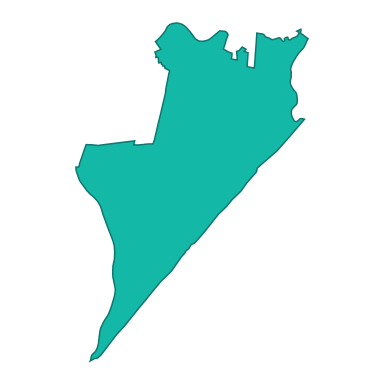 the district of Hai Hau, Nam Định, Vietnam
{"feature_id": "81297802B21970288414729", "entity_name": "Hai Hau", "entity_type": "district", "adm_level": 2, "iso_a3": "VNM", "parent_name": "Vietnam", "parent_adm1": "Nam Định", "projection": "albers", "projection_center": [106.28, 20.123], "detail": "fine", "context": "isolated", "style": "filled", "palette": "teal", "viewbox_px": 384, "rotation_deg": 0, "n_neighbors": 0, "source": "geoboundaries", "source_scale": "gbopen_adm2", "svg_char_len": 5292}
<svg xmlns="http://www.w3.org/2000/svg" viewBox="0 0 384 384"><path d="M308.1,38.7L305.7,37.0L303.5,35.2L301.0,33.5L300.7,33.0L300.7,32.3L300.9,30.5L301.0,29.8L301.0,29.4L300.9,29.2L299.9,29.7L297.5,30.8L296.8,31.2L297.8,31.7L298.5,32.0L298.8,32.3L298.9,32.7L299.0,33.1L299.0,33.6L298.8,34.0L298.0,35.0L297.3,35.9L296.5,36.5L295.5,37.1L294.0,37.6L292.6,38.1L292.0,38.5L291.3,39.2L290.7,39.6L290.2,39.8L289.4,39.9L288.8,39.8L288.4,39.5L288.2,39.0L288.1,38.1L287.9,37.5L287.7,37.2L287.3,37.1L286.3,37.5L285.8,37.8L285.0,38.2L284.6,38.4L284.4,38.6L284.4,39.3L284.5,40.4L284.6,40.7L284.5,41.0L284.3,41.2L283.9,41.4L283.0,41.3L282.4,40.9L281.6,39.8L281.1,39.0L280.5,38.3L280.1,38.1L279.7,37.8L279.1,37.8L278.2,38.0L276.3,38.6L273.9,39.4L273.0,39.6L272.5,39.6L271.7,39.5L270.7,39.0L269.2,38.1L268.7,37.9L267.9,37.6L266.7,37.3L265.9,37.1L265.6,36.9L265.3,36.6L264.4,35.2L263.7,34.6L263.0,34.1L256.8,33.1L256.2,43.0L255.3,54.4L255.1,57.8L254.5,65.9L254.2,67.9L254.2,68.0L247.1,66.7L248.1,52.8L244.2,51.4L246.0,49.2L242.2,47.0L238.9,50.8L236.6,51.4L237.3,60.0L234.2,59.5L231.8,59.0L231.3,58.9L231.9,55.8L232.0,53.2L228.7,52.1L223.3,49.0L224.8,45.0L225.4,43.0L225.9,41.0L226.0,40.6L226.8,38.2L227.2,37.1L228.1,34.8L227.1,32.8L226.7,32.4L225.9,31.9L224.7,31.3L223.9,31.2L223.1,31.2L221.0,31.0L220.4,30.9L219.8,30.8L217.4,32.8L213.8,35.8L212.7,36.7L209.8,39.0L208.3,39.8L206.1,40.7L202.4,41.3L201.8,41.3L200.2,41.2L198.6,40.8L197.9,40.5L197.6,40.3L196.9,39.9L196.0,39.2L195.0,38.3L194.6,37.8L192.5,34.9L191.8,34.0L190.5,32.2L189.2,30.7L188.9,30.4L187.1,28.4L185.6,26.8L183.7,25.3L182.2,24.4L179.5,23.5L178.5,23.2L176.8,23.0L176.0,23.1L173.6,23.4L172.4,23.6L171.9,23.7L171.6,23.9L170.5,24.3L169.8,24.6L169.0,25.3L168.7,25.5L168.2,26.0L167.7,26.5L167.4,26.8L167.1,27.1L166.9,27.5L166.8,27.9L166.3,28.8L165.7,30.1L164.9,31.4L163.8,32.9L161.8,35.3L159.7,37.7L157.3,40.0L155.4,41.7L155.5,41.8L155.7,42.0L156.3,42.9L157.1,44.0L159.1,46.8L160.4,48.7L160.9,49.4L157.1,51.1L154.9,52.1L155.1,52.7L155.9,54.4L156.1,55.5L156.1,55.9L156.0,56.2L155.9,56.6L155.8,56.8L155.7,57.1L155.7,57.3L155.7,57.5L156.0,57.5L156.7,57.4L157.2,57.4L157.6,57.4L158.0,57.5L158.3,57.6L158.4,59.5L158.5,61.9L158.6,62.7L158.7,62.9L158.8,63.0L160.2,62.6L160.7,62.3L161.1,62.2L161.4,62.2L161.4,62.3L161.4,63.0L161.3,63.9L161.4,64.1L161.5,64.2L161.6,64.3L161.9,64.4L162.2,64.5L162.4,64.7L162.6,65.5L162.7,65.9L162.8,66.0L163.1,66.0L163.4,66.0L163.8,66.0L164.6,66.1L164.8,66.2L164.8,66.5L164.8,67.2L164.7,67.7L164.8,67.9L164.8,68.0L165.0,68.2L165.7,68.6L167.9,69.8L169.5,70.4L169.5,70.6L169.3,71.7L169.0,73.2L168.8,73.9L168.4,76.0L168.3,76.6L168.0,77.9L167.5,80.4L167.0,83.0L166.9,83.6L166.5,85.4L166.3,86.3L166.1,87.6L165.9,88.9L165.6,91.0L165.6,91.7L165.5,92.5L165.3,93.9L163.1,103.1L160.0,116.4L158.2,123.4L156.7,130.2L154.1,141.0L153.8,141.2L153.0,143.9L147.7,144.0L144.8,144.3L142.6,144.6L137.6,145.0L133.8,144.8L134.7,140.8L133.6,141.0L128.3,141.6L115.5,143.2L106.7,144.3L105.2,144.5L102.8,144.8L98.6,145.4L97.5,145.4L94.9,145.1L91.8,144.8L89.3,144.7L86.1,144.6L79.6,163.5L79.5,164.2L79.3,165.1L79.2,165.8L78.4,167.1L75.9,167.1L75.9,168.7L76.2,170.4L76.2,170.7L77.1,173.6L78.0,176.2L79.6,180.5L81.3,183.1L84.7,187.7L87.2,191.0L90.5,194.4L93.2,196.7L95.4,198.8L97.5,201.2L99.0,203.6L100.4,206.3L100.7,207.0L101.2,208.4L103.0,214.4L105.3,220.6L105.8,222.1L107.7,227.2L110.4,234.2L111.7,237.5L113.1,241.3L114.2,245.7L114.4,247.2L114.6,250.5L114.7,250.8L114.6,253.9L114.5,257.7L114.3,259.9L113.6,262.8L113.0,265.8L112.9,268.2L112.7,270.3L112.7,272.3L112.8,274.9L112.9,276.8L113.0,277.5L113.7,280.9L114.4,284.4L115.2,288.5L115.3,290.1L115.2,291.5L114.8,294.2L114.2,297.0L112.6,302.5L111.9,304.9L110.4,309.3L109.3,312.2L108.9,313.1L108.9,313.3L107.5,315.8L106.0,318.0L103.4,322.2L102.6,324.0L101.3,326.7L100.5,328.7L100.0,331.0L99.5,334.4L98.9,339.6L98.8,340.6L98.7,342.0L98.0,345.3L97.2,348.0L96.2,350.1L95.5,351.4L93.7,353.2L92.5,354.3L91.9,355.0L91.2,356.8L90.8,359.3L90.2,361.0L94.7,358.5L95.9,358.4L97.8,357.9L101.1,354.9L112.9,339.4L116.5,334.7L125.0,325.4L138.8,308.2L146.6,298.9L148.4,296.5L160.7,281.6L171.5,271.0L177.2,262.9L181.6,256.6L184.9,253.0L185.8,251.2L186.5,250.4L188.6,248.9L189.6,247.2L190.7,245.3L191.6,244.3L193.2,243.8L194.4,243.2L195.9,241.7L204.5,231.8L205.1,231.1L218.3,214.4L226.7,206.3L231.9,199.9L240.9,191.2L246.7,183.1L249.7,179.6L253.2,175.6L255.8,172.8L256.6,171.4L257.2,168.3L260.7,165.0L276.7,151.2L288.7,137.7L304.5,119.2L303.5,118.9L302.5,118.7L301.6,118.6L300.9,118.6L300.3,118.7L299.8,119.0L299.4,119.3L298.4,120.4L297.6,121.0L296.9,121.4L296.3,121.6L295.6,121.6L294.9,121.3L294.4,121.0L293.8,120.4L293.7,119.9L293.0,118.7L292.2,117.1L291.6,115.3L291.3,113.3L291.4,112.2L291.4,111.7L291.5,110.5L291.9,109.5L292.4,108.7L293.4,107.5L294.7,106.2L295.9,105.1L296.5,104.4L297.1,102.9L297.3,101.6L297.3,100.4L297.2,98.7L297.0,96.6L296.8,95.1L296.5,94.1L296.3,93.4L295.9,92.5L295.1,91.6L294.9,91.3L293.4,89.6L291.6,86.6L291.2,85.9L290.4,83.6L290.3,82.3L290.4,81.1L290.6,79.6L291.0,78.1L291.2,76.6L291.1,75.4L291.2,74.0L291.3,72.7L291.2,71.9L290.9,70.9L290.7,69.8L290.7,68.8L290.9,67.6L291.6,65.4L291.9,64.7L292.7,62.9L293.9,60.5L295.4,58.2L296.7,56.0L297.7,54.5L299.2,52.6L302.8,48.8L303.0,48.5L303.7,47.6L304.6,46.0L305.6,44.0L306.9,40.8L308.1,38.7Z" fill="#14b8a6" stroke="#0f766e" stroke-width="1.5"/></svg>